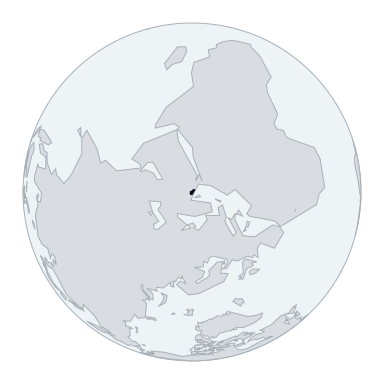 Lebanon highlighted on a globe, orthographic projection, rotated 186°
{"feature_id": "LBN", "entity_name": "Lebanon", "entity_type": "country or territory", "adm_level": 0, "iso_a3": "LBN", "parent_name": "Asia", "parent_adm1": "", "projection": "orthographic", "projection_center": [35.971, 33.877], "detail": "fine", "context": "on_globe", "style": "filled", "palette": "ink", "viewbox_px": 384, "rotation_deg": 186, "n_neighbors": 0, "source": "natural_earth", "source_scale": "50m", "svg_char_len": 10699}
<svg xmlns="http://www.w3.org/2000/svg" viewBox="0 0 384 384"><g transform="rotate(186 192 192)"><circle cx="192" cy="192" r="169" fill="#eef3f6" stroke="#a8b0b8"/><path d="M170.9,24.4L176.6,23.9L196.4,23.7L203.6,23.7L201.3,24.0L215.5,24.7L226.9,26.7L213.4,24.5L211.6,24.5L219.1,25.6L218.8,25.9L222.2,26.7L221.3,27.1L213.5,26.3L212.7,26.7L218.0,27.5L220.4,28.8L212.7,27.4L216.1,29.6L203.7,29.7L184.0,27.5L176.5,29.5L154.6,32.9L156.0,33.6L148.5,35.9L147.3,37.7L143.6,38.2L145.9,39.3L149.5,38.5L151.8,38.8L151.4,39.9L146.6,40.6L146.0,40.2L144.4,41.0L142.2,40.9L143.1,41.6L137.3,42.6L142.4,43.4L137.3,45.7L133.6,45.9L134.8,43.6L129.2,39.9L125.9,40.2L119.9,42.5L106.9,51.4L102.9,53.0L96.8,56.9L98.6,56.8L104.0,53.9L105.9,55.1L112.4,51.8L114.1,52.0L120.3,49.9L118.5,52.9L113.2,57.0L107.9,59.0L105.5,61.1L109.8,61.6L99.2,68.2L91.0,77.9L88.4,79.6L84.5,77.9L86.4,71.3L81.5,70.8L83.7,74.0L77.1,78.9L75.6,81.1L75.4,82.7L77.5,82.1L75.1,84.6L71.9,81.9L74.1,79.6L75.1,80.3L75.9,77.5L73.8,76.5L70.6,79.5L70.7,76.1L68.4,78.4L67.2,79.2L70.8,75.7L64.3,82.1L63.9,81.9L72.3,72.7L81.4,64.3L91.1,56.5L101.3,49.4L112.1,43.2L123.2,37.7L134.7,33.0L146.6,29.3L158.7,26.4L170.9,24.4ZM25.1,165.7L24.2,172.3L23.7,186.2L23.5,194.4L23.3,196.9L23.8,201.5L23.8,204.0L28.3,221.9L32.8,235.6L34.1,244.1L33.3,248.0L37.3,259.9L32.8,248.7L29.2,237.2L26.4,225.5L24.4,213.6L23.3,201.6L23.1,189.6L23.7,177.6L25.1,165.7ZM208.8,24.0L204.8,23.6L208.8,23.9L208.8,24.0ZM222.9,26.8L224.1,26.9L225.4,27.3L222.9,26.8ZM120.9,48.5L120.6,49.2L119.6,49.2L120.9,48.5ZM124.0,47.1L123.0,46.6L124.3,45.9L124.9,46.2L124.0,47.1ZM225.0,28.4L226.7,29.3L223.7,28.2L225.0,28.4ZM124.8,47.9L126.7,44.7L129.0,43.4L133.0,43.7L124.8,47.9ZM226.8,29.8L230.9,32.4L234.0,32.7L227.6,33.7L226.2,30.9L222.0,29.4L225.5,30.0L226.8,29.8ZM150.8,37.8L147.0,38.6L150.5,36.9L150.8,37.8ZM152.6,36.7L160.4,31.8L166.0,31.4L162.2,32.9L169.7,31.8L168.6,33.9L164.2,35.0L160.9,34.8L163.0,35.9L152.6,36.7ZM223.5,34.1L223.3,34.8L222.0,33.9L223.5,34.1ZM152.9,38.8L154.0,37.7L158.9,37.2L157.6,39.2L156.5,38.7L152.9,38.8ZM172.2,30.7L175.7,30.8L175.7,32.5L177.0,32.9L169.1,34.0L172.2,30.7ZM155.2,39.4L156.9,40.4L154.2,41.7L152.2,39.8L155.2,39.4ZM160.7,36.2L163.0,36.1L161.3,36.8L160.7,36.2ZM145.8,47.5L147.0,45.9L149.7,45.4L145.8,47.5ZM157.7,40.6L158.6,40.2L159.8,39.9L160.3,40.8L157.7,40.6ZM169.6,35.2L168.9,36.0L172.9,34.8L173.1,36.3L167.7,36.8L170.1,37.2L170.2,37.7L165.7,37.7L169.6,35.2ZM164.4,41.0L157.7,42.6L154.9,45.5L152.4,45.9L157.4,41.3L164.4,41.0ZM165.6,39.0L164.3,40.3L161.9,40.0L161.3,39.0L165.6,39.0ZM175.1,37.2L176.2,34.8L177.4,34.7L175.1,37.2ZM164.1,41.9L165.7,41.5L164.2,42.1L164.1,41.9ZM172.3,38.6L172.5,37.7L173.8,37.7L172.3,38.6ZM168.8,41.6L166.6,42.0L166.1,41.3L168.8,41.6ZM170.8,40.3L172.5,40.5L167.3,40.7L170.7,39.8L170.8,40.3ZM173.4,38.7L174.3,38.4L173.2,39.1L173.4,38.7ZM171.9,44.5L165.4,45.0L164.4,43.2L170.8,42.9L171.9,44.5ZM68.0,238.2L60.5,210.4L65.3,203.4L66.9,192.4L100.4,166.9L106.7,171.8L132.2,173.9L135.2,176.1L131.3,184.6L149.6,199.1L156.6,192.6L174.2,200.3L186.4,200.5L192.4,183.8L172.4,183.0L169.8,174.5L186.6,168.0L204.3,169.1L203.9,165.9L193.5,158.7L198.3,152.8L189.9,155.7L192.8,159.1L187.6,161.2L184.7,158.3L186.5,156.2L181.4,154.6L174.0,165.7L176.1,170.3L162.2,171.3L164.3,179.3L160.3,182.4L155.2,170.3L156.3,166.1L146.2,152.1L143.8,156.5L153.2,170.2L149.9,168.7L146.7,175.5L146.6,169.2L137.0,153.9L125.0,154.0L108.4,167.6L101.6,166.9L96.6,161.2L104.1,144.7L118.3,148.3L121.1,143.2L119.5,133.9L123.9,136.0L125.0,132.9L130.4,134.0L139.3,128.2L145.1,128.7L149.7,119.6L153.3,118.8L149.5,124.3L150.0,128.6L164.4,130.5L167.5,128.8L169.4,122.9L173.1,124.5L173.1,118.6L181.9,117.2L171.1,114.2L173.0,107.9L179.0,103.7L177.6,101.3L167.9,108.3L165.8,111.7L167.1,115.3L159.6,124.9L154.4,125.9L154.9,114.3L147.6,114.7L151.1,106.1L175.2,91.4L184.6,89.3L197.7,98.4L194.9,102.1L188.7,100.5L193.4,107.6L193.5,104.3L196.6,105.8L199.2,100.8L201.5,101.6L200.0,95.5L203.2,96.0L204.1,99.9L210.6,93.5L217.4,93.5L217.8,91.7L216.2,89.8L225.9,91.5L225.7,90.1L222.5,89.0L220.1,85.7L219.5,80.6L222.9,81.4L223.6,83.4L230.0,89.0L231.2,94.4L232.6,94.3L232.3,89.8L224.5,82.9L223.2,79.7L227.4,82.4L225.7,81.2L226.2,79.8L229.8,79.4L225.4,76.3L225.5,62.3L232.4,60.7L236.1,64.4L239.8,57.0L247.4,56.7L244.4,55.5L244.1,51.8L241.7,51.8L240.2,51.0L238.4,42.6L240.6,41.7L236.5,37.7L234.9,37.2L233.0,37.6L227.6,33.7L234.0,32.7L237.2,33.7L239.0,32.7L246.0,35.5L252.6,37.6L259.2,41.9L263.9,43.6L264.1,43.0L270.5,45.3L283.3,52.6L272.2,48.9L253.0,40.5L260.8,43.9L258.8,43.9L261.4,45.8L267.0,48.4L267.7,48.1L275.5,58.2L288.3,68.8L288.0,65.0L291.7,65.8L306.1,76.8L321.8,100.3L327.1,103.4L330.1,107.2L331.4,112.1L327.1,106.6L324.9,107.1L322.3,103.5L323.0,110.2L319.3,105.4L321.7,113.4L325.1,115.9L325.9,111.4L329.6,120.9L335.4,124.0L340.5,131.9L345.4,152.9L343.8,163.8L344.6,166.9L341.7,166.3L341.3,175.0L349.5,185.7L350.4,190.2L348.2,204.1L347.5,200.9L339.9,199.5L340.9,211.3L346.8,215.1L348.9,223.7L345.5,224.4L343.0,217.1L340.3,216.3L339.3,206.4L333.6,194.6L330.0,200.9L328.6,195.1L320.3,187.0L314.2,195.7L305.6,218.3L307.2,233.6L303.0,242.3L291.0,225.1L286.0,211.3L281.4,214.5L269.2,205.1L247.6,210.1L244.7,206.5L240.6,209.3L232.0,206.6L227.7,200.5L222.4,201.7L234.1,217.7L239.7,216.4L244.7,208.7L246.9,214.6L255.2,218.4L245.3,235.4L213.6,252.4L210.8,241.1L188.5,209.1L189.4,205.3L189.3,204.9L189.1,204.1L186.6,210.3L182.9,203.7L194.4,226.8L196.2,236.4L213.1,253.1L211.4,255.0L217.0,258.1L235.2,251.7L235.2,255.5L226.4,273.6L201.5,297.2L205.0,310.4L203.7,321.2L188.7,328.1L190.6,335.3L183.0,337.6L182.9,341.3L177.1,344.7L167.2,347.2L149.7,345.0L148.2,342.0L138.7,334.3L125.3,314.5L129.2,306.5L127.4,298.8L114.9,278.5L117.6,268.9L114.3,263.6L107.6,262.9L103.9,256.4L99.8,255.0L75.1,249.0L68.0,238.2ZM88.0,183.0L86.9,186.2L88.0,183.0ZM222.6,179.1L233.5,178.6L229.2,168.3L233.1,167.4L230.2,164.4L228.9,167.6L222.0,159.4L226.9,155.7L225.9,151.2L222.2,151.2L214.4,159.4L224.1,171.0L221.4,175.6L222.6,179.1ZM35.9,127.4L34.8,130.2L35.2,129.0L35.9,127.4ZM77.3,79.0L77.4,79.3L76.7,81.3L76.0,81.1L77.3,79.0ZM80.1,87.2L76.0,91.1L78.4,87.9L76.6,88.1L79.2,82.0L87.2,80.1L83.1,81.9L80.1,87.2ZM85.0,73.9L82.4,77.6L84.9,73.7L85.0,73.9ZM125.5,115.9L126.9,118.5L124.2,121.7L116.9,122.2L120.8,117.5L125.5,115.9ZM129.6,121.6L132.1,110.7L136.7,110.3L133.7,112.3L136.5,113.2L132.4,116.6L134.4,127.5L132.1,131.1L119.9,129.3L125.2,127.7L123.4,125.1L129.6,121.6ZM130.3,87.2L131.4,83.5L139.9,87.3L137.9,90.4L130.5,90.8L128.6,87.4L130.3,87.2ZM131.6,49.4L131.5,48.5L132.8,48.2L134.0,48.7L131.6,49.4ZM146.2,46.8L133.5,53.4L132.7,52.6L126.2,58.0L121.7,58.0L126.0,54.4L117.6,58.8L119.7,55.6L114.3,58.9L124.4,50.9L126.0,48.5L126.0,51.1L130.2,51.0L132.4,50.3L140.0,46.6L145.4,41.9L150.4,41.5L152.5,42.4L151.9,43.4L148.9,43.3L150.4,44.8L145.5,45.5L146.2,46.8ZM174.1,59.4L170.8,57.8L172.9,62.8L168.1,62.8L168.7,63.4L164.8,64.8L161.0,67.7L159.0,67.2L158.4,68.5L155.8,69.7L154.4,71.5L150.2,71.4L148.0,73.6L147.2,72.3L144.7,76.3L144.7,73.3L141.4,74.8L143.1,76.9L124.0,74.0L115.9,75.8L109.2,79.1L110.1,74.1L117.0,68.1L126.5,62.7L134.1,62.0L133.1,60.1L136.5,59.3L135.9,61.2L138.8,57.9L141.4,57.8L149.9,54.3L152.6,50.2L155.7,49.0L156.0,50.6L159.0,48.3L161.5,50.6L163.9,49.9L168.7,51.7L167.8,55.5L170.5,54.4L174.3,56.0L174.1,59.4ZM173.1,45.0L173.2,49.1L170.5,51.2L163.2,47.4L160.7,47.7L155.9,45.7L159.8,42.8L160.8,43.6L162.7,43.7L160.7,44.6L163.7,44.0L165.2,45.2L168.0,45.1L167.2,46.4L173.1,45.0ZM139.2,173.4L141.7,174.2L145.6,174.5L143.7,179.0L139.2,173.4ZM132.5,163.0L134.8,162.8L134.0,168.8L131.4,168.1L132.5,163.0ZM136.7,157.9L135.0,162.4L134.4,159.5L136.7,157.9ZM151.7,124.0L154.3,123.7L154.3,125.1L152.6,127.0L151.7,124.0ZM179.5,75.8L178.0,74.2L179.0,73.6L178.9,69.3L182.5,69.2L183.9,71.8L179.5,75.8ZM188.7,186.7L184.7,189.8L183.0,188.2L184.7,187.4L188.7,186.7ZM162.8,184.9L168.4,187.5L162.3,186.1L162.8,184.9ZM183.4,75.0L183.0,73.2L185.1,74.3L183.4,75.0ZM185.1,69.0L187.7,69.9L182.9,68.7L185.1,69.0ZM252.8,349.5L253.6,349.3L251.1,350.2L252.8,349.5ZM232.8,316.8L221.6,334.9L213.5,335.8L211.9,331.3L215.9,320.6L225.3,316.6L229.8,310.9L232.8,316.8ZM357.4,226.3L357.4,226.6L357.5,226.1L357.4,226.3ZM357.1,227.0L357.8,224.3L356.7,228.9L357.1,227.0ZM358.1,223.2L358.0,223.3L358.1,223.1L358.1,223.2ZM356.5,229.0L351.5,239.3L349.0,241.6L350.0,238.3L354.0,232.3L356.5,229.0ZM349.8,238.6L345.5,238.0L336.6,226.4L339.9,223.9L348.5,227.2L348.0,229.8L350.7,231.4L349.8,238.6ZM358.6,211.0L358.1,217.8L355.7,223.1L354.4,224.7L353.6,218.5L354.1,213.5L355.3,211.5L357.7,189.4L359.0,189.9L358.8,198.2L359.7,201.2L358.6,211.0ZM308.0,234.6L312.1,241.6L309.5,244.4L308.0,234.6ZM357.1,176.4L357.2,185.8L356.6,174.7L357.1,176.4ZM355.8,167.1L356.6,169.9L355.5,168.3L355.8,167.1ZM346.1,171.1L345.0,174.1L344.2,172.0L345.2,167.0L346.1,171.1ZM344.3,138.7L347.2,144.9L348.0,147.5L346.1,144.8L344.3,138.7ZM213.4,74.7L209.5,80.5L209.0,85.2L212.5,88.5L205.9,86.6L206.6,79.3L213.4,74.7ZM223.6,63.6L220.6,61.2L223.0,60.9L224.0,61.4L223.6,63.6ZM221.0,63.1L215.3,62.7L214.3,60.5L219.0,61.2L221.0,63.1ZM199.3,68.2L197.9,69.9L196.3,68.8L199.3,68.2ZM359.9,210.7L360.1,206.6L359.4,214.6L359.1,215.9L359.4,210.7L360.0,201.7L360.3,197.1L360.9,189.7L360.1,200.9L360.3,203.7L360.8,197.8L360.4,204.0L360.2,207.6L359.9,210.7ZM360.2,179.3L359.2,176.7L359.2,181.0L358.5,169.1L359.6,173.5L360.2,179.3ZM358.1,170.2L358.2,174.1L357.6,167.7L358.1,170.2ZM357.8,173.0L356.9,169.7L357.3,168.4L357.8,173.0ZM358.3,169.2L356.9,162.7L357.8,165.4L358.3,169.2ZM354.6,162.5L356.8,164.6L355.3,166.9L351.6,155.7L351.9,153.3L354.6,162.5ZM333.1,106.5L330.9,104.0L330.2,101.5L331.9,103.9L333.1,106.5ZM325.9,92.3L329.3,100.1L331.7,107.0L332.7,107.0L336.3,113.1L333.0,110.3L328.7,101.8L327.5,97.6L324.0,93.0L321.1,88.0L316.6,83.6L314.2,80.5L318.0,83.4L325.9,92.3ZM314.7,81.9L305.7,73.7L305.9,71.6L307.9,72.9L311.9,77.4L311.6,78.2L314.7,81.9ZM303.6,71.2L303.2,72.0L289.2,64.3L286.3,62.2L297.1,66.4L297.2,67.5L300.6,69.9L303.6,71.2ZM225.1,35.0L223.5,34.8L224.6,34.5L225.1,35.0ZM238.9,51.1L237.1,50.0L238.5,49.5L238.9,51.1ZM232.9,46.7L232.6,48.1L231.5,46.3L232.9,46.7ZM232.2,51.3L231.8,48.5L234.2,51.8L232.2,51.3Z" fill="#d9dde1" stroke="#a8b0b8" stroke-width="1"/><path d="M192.0,189.8L192.4,189.8L192.7,189.8L192.8,189.6L193.0,189.7L193.1,189.8L193.0,190.0L192.9,190.1L193.0,190.2L193.2,190.3L193.3,190.4L193.5,191.0L193.4,191.2L193.2,191.5L192.9,191.6L192.8,191.8L193.0,192.1L192.9,192.1L192.6,192.1L192.4,192.1L192.1,192.3L191.9,192.6L192.0,192.7L192.1,192.8L192.0,193.0L191.9,193.1L191.7,193.3L191.5,193.5L191.4,193.6L191.2,193.8L190.9,193.8L190.8,194.2L190.6,194.4L190.4,194.3L190.2,194.3L189.9,194.3L190.0,194.1L190.1,193.8L190.2,193.4L190.4,193.1L190.9,192.0L191.1,191.5L191.2,190.9L191.6,190.3L191.9,190.2L192.0,190.0L192.0,189.8Z" fill="#0f172a" stroke="#020617" stroke-width="1.5"/></g></svg>